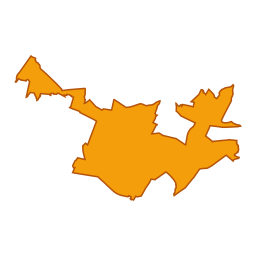 Cuapiaxtla, Tlaxcala, Mexico
{"feature_id": "50627088B23479789488100", "entity_name": "Cuapiaxtla", "entity_type": "district", "adm_level": 2, "iso_a3": "MEX", "parent_name": "Mexico", "parent_adm1": "Tlaxcala", "projection": "mercator", "projection_center": [-97.773, 19.339], "detail": "fine", "context": "isolated", "style": "filled", "palette": "amber", "viewbox_px": 256, "rotation_deg": 0, "n_neighbors": 0, "source": "geoboundaries", "source_scale": "gbopen_adm2", "svg_char_len": 5596}
<svg xmlns="http://www.w3.org/2000/svg" viewBox="0 0 256 256"><path d="M197.2,172.6L197.7,171.7L199.4,169.4L199.8,169.0L202.8,168.5L206.9,168.3L208.1,167.8L211.7,165.8L226.1,155.2L228.2,156.9L233.1,161.1L233.9,159.6L234.1,159.5L235.3,159.1L238.0,158.5L238.5,158.3L239.2,157.7L239.1,157.4L237.0,156.8L236.4,156.5L235.1,155.7L234.5,155.5L234.9,154.2L235.1,153.9L235.6,153.8L236.8,153.0L237.0,152.3L237.4,151.9L237.9,152.2L238.3,151.0L238.4,150.4L238.6,149.9L238.6,149.7L238.6,149.3L238.4,148.8L238.5,148.4L238.2,147.9L238.5,147.1L238.2,146.8L238.2,146.3L238.3,146.1L238.1,145.2L237.4,144.9L237.1,144.6L237.1,144.3L236.6,143.5L237.0,142.8L237.0,142.6L236.4,141.7L236.4,141.4L236.5,141.1L236.8,140.5L228.9,139.7L228.0,140.0L220.5,140.6L214.9,141.2L212.4,141.4L212.4,141.5L210.4,139.7L205.6,136.0L209.5,127.3L209.9,125.7L218.7,126.7L219.6,126.9L223.1,127.3L224.5,127.3L237.8,126.7L240.6,126.1L240.2,125.6L239.7,125.2L237.3,124.8L233.6,123.4L233.0,123.0L232.0,122.1L231.3,121.6L230.6,121.7L229.7,122.2L227.5,122.7L224.8,122.9L223.0,122.5L222.0,121.8L221.7,121.2L221.4,120.5L222.9,117.2L224.8,113.4L231.4,100.7L231.4,100.4L231.2,99.9L231.5,97.9L231.9,96.9L232.4,96.0L232.6,95.1L232.7,94.3L233.1,94.1L232.8,92.5L232.8,91.7L232.6,90.5L232.7,89.8L232.9,88.5L233.3,87.0L233.6,85.8L233.5,85.3L233.4,85.0L233.0,84.8L231.0,86.7L230.3,87.0L225.9,87.7L225.1,88.1L224.6,88.1L224.3,88.3L224.1,88.5L223.8,88.8L222.9,89.0L222.7,89.2L221.6,89.6L221.3,90.3L220.9,90.4L220.6,90.7L220.4,91.1L220.0,91.3L219.7,92.2L219.2,92.7L219.1,93.2L219.5,94.1L219.5,94.9L219.1,95.4L216.7,98.6L214.4,97.1L214.2,95.6L213.9,95.2L213.5,94.2L208.8,89.3L205.7,94.5L205.3,93.8L204.8,93.4L203.6,92.9L203.9,92.3L203.8,92.1L203.4,91.8L203.2,91.9L202.9,91.5L203.1,91.4L203.3,91.5L203.5,91.2L203.3,90.6L202.7,90.0L202.3,89.8L201.2,89.7L198.9,94.5L191.1,101.7L194.2,102.3L193.2,106.8L188.9,105.7L182.5,104.5L181.8,106.3L181.4,105.6L181.4,105.0L181.2,104.8L180.6,104.9L180.2,105.2L179.3,106.3L179.2,106.3L178.9,106.3L178.4,106.1L177.1,104.7L176.5,103.7L176.0,103.4L176.2,105.6L176.4,106.8L176.2,111.1L177.2,111.9L177.6,112.2L181.0,116.0L195.3,122.9L193.6,126.2L192.8,127.1L192.7,127.0L191.9,127.7L190.4,129.0L189.5,130.2L188.3,132.2L187.4,134.9L185.6,144.8L185.3,144.8L184.7,144.4L176.3,138.7L162.3,135.3L162.0,134.8L159.1,133.1L157.6,133.2L156.5,133.4L154.1,133.6L151.8,133.8L153.6,130.4L156.3,125.0L156.8,125.2L157.1,124.5L153.0,122.6L155.3,118.5L155.5,117.6L155.5,116.5L156.2,116.1L156.5,115.7L157.0,115.5L157.2,115.2L156.0,114.9L155.0,113.5L155.3,113.0L155.4,112.4L155.8,111.3L156.0,110.7L156.7,109.1L156.8,108.1L157.2,107.3L157.4,106.0L157.6,105.3L157.8,105.1L158.5,104.7L159.5,103.2L160.0,101.1L160.0,100.8L159.5,100.9L156.5,102.2L155.7,102.7L154.7,103.6L154.2,103.8L152.6,104.6L151.3,105.0L150.0,105.1L148.9,105.1L147.9,105.5L146.9,105.7L145.2,105.4L142.1,104.0L140.9,103.8L139.9,103.8L133.1,106.1L129.6,107.1L127.9,107.2L126.3,107.5L125.4,107.0L119.6,103.2L119.0,102.7L118.6,102.4L114.2,99.6L113.9,99.6L113.1,103.3L111.6,110.1L103.3,108.9L102.1,110.1L95.8,106.6L93.9,104.5L91.7,102.0L90.7,101.0L90.4,100.8L89.8,100.1L89.7,99.8L85.5,103.0L84.4,103.3L85.4,99.8L84.7,99.4L84.6,98.2L84.6,97.9L84.4,97.1L84.5,96.6L84.4,96.5L84.4,96.2L84.7,96.0L84.7,95.3L84.9,95.1L85.2,93.9L85.1,93.5L85.2,92.0L85.0,91.8L85.2,91.2L85.1,90.5L85.3,90.1L85.3,89.2L85.3,88.9L85.0,88.5L84.6,88.4L68.9,89.7L62.0,90.6L61.7,89.2L55.7,83.0L46.6,74.2L41.4,69.5L41.1,69.4L40.8,68.9L40.4,68.6L40.2,68.2L40.1,67.7L39.9,65.6L39.4,64.6L38.7,64.1L38.1,63.1L37.1,62.4L36.6,62.4L36.2,62.0L35.9,61.3L35.8,60.8L35.3,60.4L35.2,59.8L35.6,58.8L35.6,58.4L35.3,58.1L34.8,57.9L32.8,57.2L31.3,56.5L31.0,56.0L19.4,72.5L18.6,73.2L17.1,75.3L16.5,77.8L16.4,78.4L16.6,79.1L16.6,79.7L16.0,80.9L15.4,81.9L15.9,82.2L16.0,82.2L17.3,80.7L17.6,80.3L17.9,79.4L18.0,79.4L18.5,78.7L20.7,79.9L21.2,79.8L21.3,80.1L24.8,80.6L26.0,81.0L26.3,80.7L26.2,80.2L26.5,79.9L26.8,79.8L27.5,79.7L28.0,79.7L28.2,79.8L28.5,80.1L29.7,81.9L29.5,82.1L26.2,97.2L27.3,96.7L27.7,96.2L28.0,95.3L29.9,93.2L30.1,92.5L33.9,92.9L34.1,93.3L34.6,93.7L34.6,94.2L34.8,94.4L34.9,94.9L35.3,95.3L35.5,96.1L36.0,96.7L36.1,97.4L36.4,97.9L36.3,98.6L36.6,98.8L36.8,99.1L37.0,99.8L36.9,100.3L37.8,99.9L38.6,98.4L38.8,97.9L39.4,97.5L39.6,96.9L40.1,96.5L40.0,96.4L39.7,96.3L39.6,96.1L39.9,95.7L40.4,95.4L40.5,95.3L40.5,95.1L40.1,95.0L40.1,94.8L40.6,94.2L40.6,93.6L47.8,94.2L50.5,94.3L50.3,94.8L50.0,95.2L50.1,95.4L50.7,95.4L51.0,93.4L53.7,93.4L53.8,94.2L56.8,94.2L56.9,93.9L57.1,93.5L57.4,93.3L58.0,93.1L64.8,96.6L64.2,95.2L66.3,95.4L66.6,95.4L66.6,95.1L66.8,94.9L66.8,94.5L67.2,94.5L69.4,94.7L69.6,95.0L71.5,95.8L71.3,96.5L73.5,97.3L70.6,107.1L69.6,107.4L69.7,107.6L70.2,107.9L79.6,111.4L79.7,111.5L79.9,112.5L93.6,119.4L96.5,121.2L87.6,144.9L85.5,143.2L82.7,146.0L83.1,151.6L85.0,159.5L77.6,157.8L76.4,159.9L75.2,160.5L72.7,165.6L73.4,167.7L74.8,167.6L72.6,172.6L74.9,173.1L97.8,176.8L104.9,183.2L107.2,185.5L114.0,191.7L116.3,193.3L117.3,193.8L119.8,194.9L122.1,195.6L123.9,195.9L127.0,196.7L127.3,196.4L127.5,196.5L128.3,196.6L128.9,195.7L131.1,196.8L130.2,198.7L131.0,199.6L131.2,199.1L133.6,200.0L135.7,196.3L137.0,196.9L141.3,196.0L145.9,187.7L149.0,183.3L151.2,179.1L155.1,179.7L155.3,179.4L165.9,172.0L167.6,173.2L170.3,175.7L171.6,177.3L172.6,178.3L174.1,180.2L175.3,182.2L175.5,182.3L175.8,183.1L175.7,184.5L175.8,184.8L176.3,185.2L176.3,185.5L176.1,185.8L176.0,186.2L176.1,187.7L176.1,188.0L175.9,188.2L175.5,188.4L175.4,189.0L175.1,189.4L175.1,191.5L174.8,192.5L173.8,194.0L174.2,195.6L180.0,191.4L185.3,187.8L186.9,185.7L192.7,178.6L194.1,177.1L196.4,173.6L197.2,172.6Z" fill="#f59e0b" stroke="#b45309" stroke-width="1.5"/></svg>